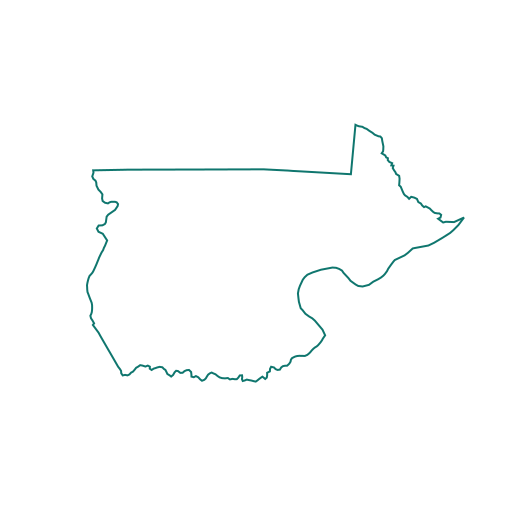 Babaçulândia, Tocantins, Brazil (Mercator projection), rotated 20°
{"feature_id": "56859067B67611214994680", "entity_name": "Babaçulândia", "entity_type": "district", "adm_level": 2, "iso_a3": "BRA", "parent_name": "Brazil", "parent_adm1": "Tocantins", "projection": "mercator", "projection_center": [-47.831, -7.162], "detail": "fine", "context": "isolated", "style": "outline", "palette": "teal", "viewbox_px": 512, "rotation_deg": 20, "n_neighbors": 0, "source": "geoboundaries", "source_scale": "gbopen_adm2", "svg_char_len": 3945}
<svg xmlns="http://www.w3.org/2000/svg" viewBox="0 0 512 512"><g transform="rotate(20 256 256)"><path d="M126.3,376.6L134.3,381.9L136.9,384.2L138.9,385.9L145.7,391.6L149.5,394.8L151.7,396.6L164.3,407.2L166.7,408.7L168.5,410.1L169.5,412.3L171.6,413.8L173.6,412.5L176.1,412.1L177.6,410.6L178.5,408.3L179.9,406.8L180.8,404.5L181.6,402.0L183.0,400.4L184.5,398.2L186.8,397.8L189.9,397.7L191.8,396.0L194.1,396.3L194.7,398.2L196.9,398.8L198.4,396.8L199.9,395.7L201.3,394.5L203.4,393.1L206.1,392.6L208.0,393.6L209.8,394.0L211.3,395.4L213.1,397.2L215.7,397.7L217.5,398.3L218.8,396.1L219.3,393.1L220.2,391.2L222.0,390.8L224.9,391.7L227.0,390.8L228.2,388.6L229.9,387.0L232.0,386.0L234.7,387.2L235.9,389.6L236.6,391.4L239.0,391.2L240.6,389.4L243.2,389.7L245.7,391.0L247.9,391.7L249.8,390.0L250.7,388.2L251.1,385.9L251.6,383.8L252.9,381.9L254.2,380.7L256.0,380.9L258.4,381.0L260.9,381.9L263.3,382.5L265.8,382.4L268.7,381.6L271.3,380.3L273.7,380.9L275.9,379.5L278.4,379.0L280.1,378.3L281.0,376.3L281.6,373.8L283.7,372.9L284.5,374.5L284.9,376.5L286.3,378.0L288.0,376.8L289.6,375.3L291.9,375.0L294.2,374.6L296.7,374.4L298.7,374.1L299.7,372.7L300.9,370.7L302.2,368.7L303.3,367.2L305.1,367.8L306.7,368.4L307.7,366.6L307.3,364.3L306.4,361.9L308.5,359.7L307.8,357.3L308.1,354.9L311.1,354.6L313.1,355.6L315.2,355.7L317.3,354.6L317.8,352.1L318.9,350.4L320.6,349.3L322.8,348.4L324.1,345.8L324.6,343.5L324.3,341.6L324.7,339.8L325.9,338.4L327.3,337.0L328.9,335.9L330.8,335.0L333.1,334.2L336.1,333.2L338.0,331.4L339.1,329.6L339.9,327.9L340.7,325.6L341.7,323.4L342.8,321.6L343.9,320.3L344.8,318.7L345.5,316.9L346.2,315.0L346.8,312.8L347.1,310.7L348.1,306.9L343.7,302.5L333.4,296.6L330.1,295.3L326.7,294.7L322.2,293.4L318.2,290.9L315.9,289.8L312.0,284.4L310.3,281.1L308.2,276.8L307.5,272.6L307.5,268.9L308.1,262.2L309.0,259.3L310.7,256.0L314.8,252.1L321.7,246.7L331.8,240.7L335.3,239.7L338.6,239.7L341.8,240.3L344.0,241.9L350.5,245.2L353.3,247.0L359.3,248.7L362.3,249.2L366.6,248.2L372.0,244.5L375.0,240.0L378.7,236.1L380.8,233.5L382.4,230.9L383.3,228.8L384.3,225.4L384.6,222.7L385.9,218.0L387.1,214.1L387.8,212.3L395.4,204.6L397.6,201.2L400.7,195.3L402.3,194.3L414.4,187.2L418.8,182.7L424.7,175.5L430.5,168.0L432.6,164.2L435.6,157.7L438.3,148.7L430.5,156.4L422.7,158.9L420.4,160.5L414.4,158.7L416.2,156.8L415.9,154.0L413.8,153.3L411.9,153.9L409.2,154.4L407.5,154.0L404.9,152.9L403.2,152.0L401.3,151.7L398.5,151.3L397.2,152.6L394.9,151.7L393.0,150.3L390.1,149.8L387.7,147.3L384.8,147.0L381.6,147.3L380.3,149.9L378.1,148.7L375.2,148.0L373.7,147.1L371.8,145.2L368.3,141.4L366.3,140.6L365.7,138.3L364.5,134.3L363.1,131.7L359.6,131.0L358.4,129.6L356.5,128.3L354.4,126.6L354.3,124.1L352.2,124.6L352.2,122.2L349.1,122.0L347.0,120.8L346.5,119.0L344.6,118.8L343.1,117.3L339.0,116.5L339.6,114.2L339.2,112.5L338.2,109.4L335.3,104.7L334.0,102.3L332.0,101.2L330.2,101.6L326.0,101.4L323.3,100.4L319.6,99.6L316.5,98.7L314.2,98.7L311.8,98.2L308.3,98.9L306.5,98.9L304.6,98.7L317.2,146.7L269.0,161.2L261.1,163.6L257.1,164.7L236.0,171.2L234.0,171.8L231.2,172.8L178.1,192.3L141.0,205.9L136.6,207.5L105.8,218.8L103.0,219.9L73.7,231.2L74.8,233.3L74.9,237.2L76.8,239.2L79.4,240.1L80.7,241.5L82.1,244.5L85.2,247.5L88.1,248.9L90.6,250.6L91.7,254.6L93.1,256.8L95.9,257.6L98.9,257.2L100.0,255.7L101.4,254.6L104.9,253.3L106.7,253.2L108.6,254.4L108.9,256.4L107.8,260.9L103.0,267.7L102.2,270.1L103.4,275.8L103.0,277.7L101.2,279.7L97.7,281.2L97.0,284.6L99.7,287.1L104.4,287.5L110.8,292.3L110.6,298.1L110.3,300.3L110.3,302.8L109.7,305.4L109.5,307.3L109.3,309.3L109.1,311.4L109.1,313.3L109.0,315.3L108.9,318.3L108.7,321.5L108.5,323.8L108.3,325.9L108.0,327.6L107.3,329.5L106.4,331.6L106.3,334.2L106.5,336.7L106.8,339.1L107.2,341.3L108.0,343.1L108.9,345.3L110.0,347.5L111.6,349.3L113.2,351.2L114.4,352.6L116.0,354.4L117.6,356.2L118.8,358.3L119.8,360.9L120.4,362.8L120.9,364.9L121.0,366.8L120.8,368.8L122.3,371.0L124.5,372.6L126.9,374.7L126.3,376.6Z" fill="none" stroke="#0f766e" stroke-width="2"/></g></svg>